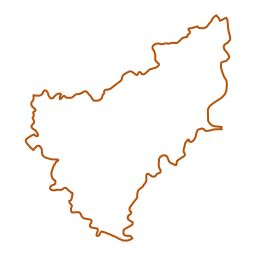 Vitebsk, Vitebsk, Belarus (Albers equal-area conic projection)
{"feature_id": "67162791B85815486219336", "entity_name": "Vitebsk", "entity_type": "district", "adm_level": 2, "iso_a3": "BLR", "parent_name": "Belarus", "parent_adm1": "Vitebsk", "projection": "albers", "projection_center": [30.292, 55.263], "detail": "fine", "context": "isolated", "style": "outline", "palette": "amber", "viewbox_px": 256, "rotation_deg": 0, "n_neighbors": 0, "source": "geoboundaries", "source_scale": "gbopen_adm2", "svg_char_len": 5721}
<svg xmlns="http://www.w3.org/2000/svg" viewBox="0 0 256 256"><path d="M33.5,149.9L35.4,147.5L36.3,146.7L37.3,145.9L38.8,145.7L39.5,146.0L40.7,147.4L41.5,148.7L41.8,149.5L41.9,152.2L42.5,154.8L43.0,155.8L44.1,156.7L45.5,157.5L46.6,157.9L50.6,159.1L51.8,159.4L57.6,159.5L58.2,160.0L58.0,160.8L56.8,161.4L55.9,162.2L54.7,164.4L53.9,165.4L53.3,166.7L51.9,170.9L51.4,172.5L51.4,173.4L51.5,175.2L52.2,177.7L52.7,178.6L53.5,179.5L54.5,180.2L55.3,180.8L55.5,181.8L54.9,184.0L54.4,184.5L51.5,185.6L50.5,186.5L50.1,188.0L50.2,188.9L50.7,189.5L51.9,190.1L53.4,190.3L54.5,190.4L57.0,189.7L61.1,189.9L62.3,189.4L63.6,188.3L64.5,187.8L65.4,187.8L66.4,188.2L68.4,190.3L70.2,191.6L70.9,192.5L71.4,192.5L72.4,193.0L72.6,193.9L72.1,196.2L72.1,196.9L71.6,198.7L71.2,199.7L70.8,200.3L69.9,200.9L69.3,201.0L69.4,202.3L69.9,203.3L71.8,205.2L71.9,206.2L71.4,207.1L71.0,208.5L71.0,209.8L71.3,211.4L72.0,212.4L74.8,212.4L76.5,212.2L78.5,212.2L79.6,212.5L80.8,214.1L81.5,215.8L82.2,217.0L83.9,218.4L89.2,219.3L90.9,219.8L91.5,220.6L91.6,221.7L91.0,223.0L90.0,224.6L90.0,226.5L91.4,227.5L97.0,228.5L97.7,229.2L97.8,230.7L96.6,234.1L96.6,235.5L97.2,235.9L98.4,235.8L99.2,235.1L99.5,234.4L100.2,233.0L101.2,231.8L101.9,231.5L105.6,232.7L109.4,234.2L113.4,236.0L115.7,236.9L118.5,238.5L122.8,240.4L124.6,240.6L127.8,240.5L128.7,240.1L129.7,239.9L131.5,238.9L132.3,238.4L131.8,237.8L131.3,236.6L129.9,235.9L125.7,235.7L124.1,234.9L123.5,233.8L123.4,231.9L123.7,230.1L124.7,229.0L131.4,225.3L132.5,224.5L132.7,223.2L132.7,222.3L131.5,221.7L128.4,219.6L127.8,218.6L127.7,217.1L128.2,216.0L128.9,215.2L130.2,214.5L131.0,213.2L131.2,211.8L129.8,210.9L129.5,209.5L129.5,208.5L129.9,207.3L135.3,200.1L137.1,197.9L137.2,197.2L137.2,195.7L137.5,192.7L137.9,191.1L138.7,189.8L142.7,186.7L143.4,185.5L145.5,182.6L146.3,181.2L146.4,179.0L146.3,177.0L146.3,175.7L146.8,174.2L147.5,173.9L148.2,173.9L149.3,174.4L151.5,176.1L152.9,176.6L153.9,176.7L155.3,176.2L156.2,174.9L157.0,174.0L158.8,173.1L160.2,172.6L160.5,172.0L160.6,170.2L159.4,168.2L158.9,166.1L158.7,164.7L158.7,162.7L159.0,161.1L158.9,159.4L159.5,158.1L160.2,157.0L162.7,155.5L164.2,155.3L165.4,155.3L166.7,156.2L167.7,157.9L168.6,160.4L169.2,161.6L169.8,162.3L171.3,163.3L172.9,163.8L175.0,165.1L175.6,165.2L176.2,165.0L176.5,163.9L176.7,162.3L177.2,160.8L178.8,159.6L180.8,158.3L182.3,157.2L183.4,156.7L184.4,156.0L184.8,155.0L184.9,154.0L183.7,151.8L183.6,150.3L183.8,148.7L184.4,147.1L184.7,145.7L184.8,144.7L185.2,143.4L185.6,142.5L186.3,141.5L187.0,140.8L187.5,140.0L188.1,139.6L188.6,139.6L189.1,140.2L189.1,141.0L189.5,141.5L190.3,141.9L191.2,141.9L192.3,141.4L193.5,140.4L194.3,139.6L195.7,136.6L195.8,135.3L196.1,134.2L196.9,131.6L197.3,130.6L198.2,129.6L201.7,128.5L202.7,128.6L204.2,129.6L205.1,130.6L206.5,130.9L207.8,130.9L211.7,130.1L213.6,129.4L219.6,129.2L221.5,129.3L221.5,127.0L214.9,126.3L212.1,125.6L209.6,123.3L208.1,120.7L208.1,117.4L207.9,112.7L207.9,109.4L209.7,106.1L212.4,103.9L215.3,101.8L218.6,99.8L222.3,97.1L225.0,94.1L226.3,91.0L226.9,85.2L226.5,80.8L225.0,78.2L223.9,76.4L222.9,73.9L221.2,68.5L220.9,66.2L221.0,64.2L221.3,62.5L223.2,61.7L226.2,61.0L228.3,58.8L229.3,57.1L228.1,54.2L226.5,52.0L224.5,49.7L223.6,47.1L224.4,44.8L227.8,42.5L230.1,39.8L230.2,37.5L228.4,30.2L227.8,24.3L227.4,19.8L226.1,17.8L224.3,18.6L222.4,19.7L220.1,20.8L218.5,17.7L216.2,15.4L214.5,16.5L212.6,18.5L211.4,21.0L209.0,23.8L207.0,26.6L204.3,28.2L199.5,28.1L197.8,27.1L197.4,26.4L194.2,27.4L192.2,28.0L189.5,28.4L188.6,28.7L188.5,29.3L188.8,30.2L189.5,31.0L189.9,31.8L189.9,32.7L189.5,33.3L188.8,34.1L187.6,34.8L187.4,35.4L187.5,36.5L186.1,37.2L184.5,37.4L182.7,37.9L181.4,39.0L179.1,41.4L177.4,42.7L176.3,43.0L172.4,42.8L170.3,43.3L169.3,43.7L167.9,43.6L166.5,43.3L165.1,43.4L163.2,44.1L162.1,44.1L160.6,44.1L159.1,43.6L157.8,43.5L156.4,43.7L154.8,44.3L152.9,45.9L152.5,47.1L152.5,48.2L152.8,49.2L153.6,50.1L154.2,51.1L154.6,52.3L155.2,54.9L155.3,56.1L155.2,58.0L155.3,59.7L155.8,61.0L157.6,62.9L158.3,63.3L158.7,63.7L158.9,64.4L158.8,65.1L158.3,65.9L157.1,66.7L156.2,67.5L149.6,69.5L148.4,70.4L146.6,72.3L145.0,73.7L143.8,74.2L142.1,74.3L141.5,73.7L140.7,72.6L140.1,72.1L139.3,72.1L138.7,72.4L137.7,74.4L137.4,74.8L136.9,75.0L136.3,74.9L135.8,74.6L134.2,73.3L133.5,72.9L132.1,71.8L130.6,71.4L129.3,71.5L127.0,72.6L124.1,74.4L123.0,75.4L122.5,76.2L121.9,78.3L121.7,79.5L121.0,80.5L119.9,81.6L118.3,82.6L116.0,84.5L113.4,86.4L111.3,88.2L109.8,89.0L108.4,89.5L106.8,89.5L104.8,90.2L104.3,90.8L104.1,91.8L104.2,92.5L104.1,93.4L103.0,94.6L102.4,96.0L101.9,98.0L101.1,98.9L99.2,100.2L98.1,100.6L95.7,100.7L94.4,100.7L93.3,100.3L92.0,98.4L90.6,96.1L88.6,94.1L87.3,92.3L86.4,91.6L84.8,91.3L84.0,91.6L81.4,93.2L79.7,93.9L76.3,94.3L75.3,94.8L74.6,95.3L72.7,97.1L71.4,97.6L69.9,97.9L66.6,97.7L66.0,97.4L65.3,96.8L64.9,96.2L63.9,96.0L63.2,96.2L62.3,97.1L61.4,98.3L60.5,99.0L60.0,99.1L59.6,98.3L60.3,95.6L61.1,94.4L60.5,93.7L59.3,93.6L58.0,93.7L56.2,94.7L53.6,97.2L53.0,98.0L51.9,98.4L50.8,98.3L49.9,97.6L48.7,95.7L48.2,94.7L48.0,93.4L47.7,92.5L46.9,91.3L46.0,90.6L45.2,90.4L44.6,90.5L43.5,91.3L42.7,93.3L41.3,94.9L40.5,95.3L39.1,95.7L36.8,95.7L33.6,95.3L33.6,96.6L33.5,99.1L33.1,100.4L31.8,101.9L31.5,102.7L31.3,103.6L31.3,104.5L31.5,105.3L32.6,106.9L33.1,107.4L35.1,109.0L35.4,109.6L35.4,110.4L35.2,110.8L34.8,111.3L33.8,111.7L33.5,112.0L33.2,112.8L33.4,113.5L33.8,114.4L33.8,115.3L33.7,115.9L33.3,116.8L32.7,117.4L32.6,118.1L33.2,119.4L33.6,120.0L34.0,121.3L34.0,122.3L33.8,123.1L32.7,124.2L31.8,125.3L31.4,126.6L31.9,127.7L32.9,128.8L35.0,130.1L36.2,131.3L37.9,134.3L37.9,135.3L37.6,136.0L36.3,136.2L35.7,135.8L34.4,134.7L33.7,134.5L31.2,135.8L27.3,138.3L25.9,139.6L25.8,141.0L26.5,142.8L27.1,143.7L31.2,148.2L32.1,148.9L32.7,149.6L33.5,149.9Z" fill="none" stroke="#b45309" stroke-width="2"/></svg>